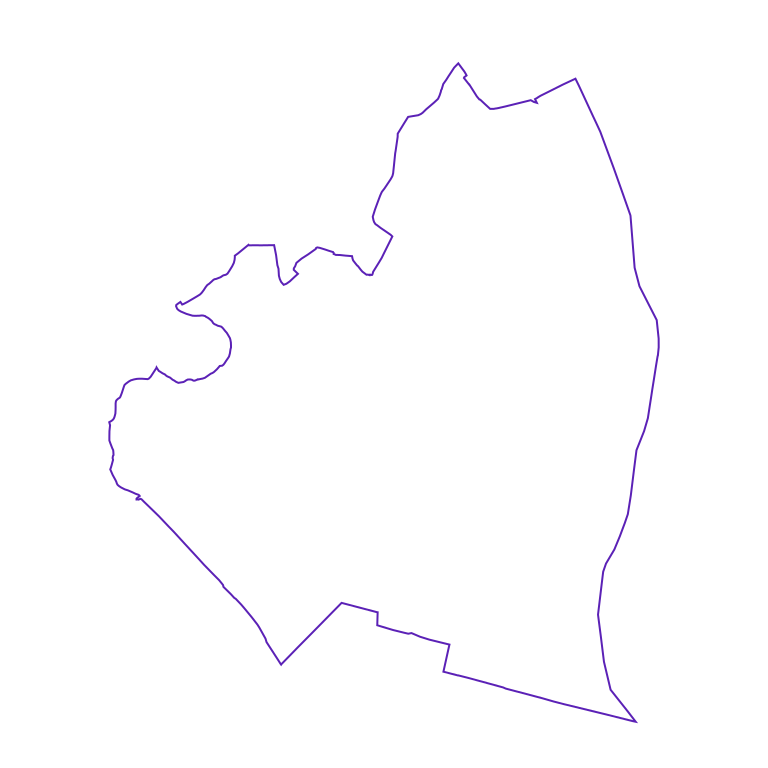 the district of Oltina, Constanta, Romania, rotated 93°
{"feature_id": "2599482B63445954595990", "entity_name": "Oltina", "entity_type": "district", "adm_level": 2, "iso_a3": "ROU", "parent_name": "Romania", "parent_adm1": "Constanta", "projection": "natural_earth1", "projection_center": [27.643, 44.146], "detail": "fine", "context": "isolated", "style": "outline", "palette": "violet", "viewbox_px": 768, "rotation_deg": 93, "n_neighbors": 0, "source": "geoboundaries", "source_scale": "gbopen_adm2", "svg_char_len": 5180}
<svg xmlns="http://www.w3.org/2000/svg" viewBox="0 0 768 768"><g transform="rotate(93 384 384)"><path d="M669.6,472.1L669.4,472.0L651.6,456.4L636.0,442.5L604.8,414.9L612.3,378.8L612.3,378.6L612.3,378.4L625.3,378.1L629.2,362.1L631.4,350.6L632.1,346.7L631.3,343.5L634.5,334.8L637.0,325.0L637.0,324.9L640.8,305.0L644.2,305.6L668.2,309.6L671.2,294.8L671.1,294.6L673.1,284.5L680.8,249.1L681.8,246.5L689.5,209.6L692.3,197.5L692.3,197.4L694.2,188.2L702.4,144.7L707.7,117.7L708.1,115.0L698.5,123.2L677.5,141.7L649.9,149.8L623.9,154.4L621.2,154.9L610.3,156.9L603.1,158.2L567.2,155.8L560.0,155.3L551.7,152.9L537.2,145.3L523.7,140.5L517.0,138.4L510.4,136.3L501.3,133.7L482.4,131.7L455.6,129.8L436.9,128.4L427.2,125.1L417.4,121.8L404.3,118.7L391.4,117.4L387.5,117.0L381.6,116.4L374.5,115.7L364.2,114.6L351.5,113.3L341.7,112.2L341.4,112.0L333.1,111.6L324.3,112.1L305.9,115.0L289.5,124.5L273.0,134.0L254.8,139.8L202.7,146.7L202.8,146.7L181.4,155.5L156.6,165.8L120.8,181.2L112.1,185.8L105.6,189.3L84.2,200.6L75.9,205.0L69.1,208.8L75.6,221.0L83.7,235.2L87.7,242.3L88.2,243.1L89.9,245.6L90.1,245.7L91.6,248.1L95.2,246.1L94.5,249.1L92.9,252.3L100.6,277.7L100.7,278.1L101.6,281.2L101.7,281.7L101.8,282.0L102.4,284.0L102.5,284.5L102.8,285.6L103.1,287.2L103.5,288.8L103.7,292.4L99.4,297.6L95.0,302.8L94.9,303.6L92.0,306.3L80.7,314.3L80.8,314.4L74.2,320.2L73.4,319.9L71.6,317.7L70.5,318.3L67.9,320.0L59.9,326.6L64.4,330.5L69.4,333.4L73.3,335.7L76.9,337.7L79.1,339.1L81.3,340.5L86.6,341.8L87.8,342.4L89.0,342.5L93.0,343.6L96.3,344.9L97.0,345.5L100.4,348.8L107.4,356.2L111.2,359.7L112.5,361.4L113.8,363.9L115.0,369.4L116.0,373.9L122.3,377.4L133.3,383.4L136.5,383.3L150.6,384.6L153.0,384.9L165.4,385.5L173.0,385.9L175.6,386.4L176.6,386.8L179.4,388.2L188.8,393.8L191.8,395.9L192.7,396.4L196.1,397.7L202.1,399.6L210.2,402.1L217.6,404.0L220.9,403.1L221.0,403.1L222.9,402.3L224.8,400.9L225.8,399.2L228.4,395.4L234.7,385.1L236.2,383.4L253.5,390.9L258.2,392.9L262.7,395.3L272.5,400.7L274.5,401.1L275.6,401.5L275.8,402.4L275.5,403.6L276.1,403.9L275.6,405.8L275.8,407.2L272.9,411.5L271.0,413.3L267.7,416.1L267.1,417.0L265.1,418.8L262.2,421.3L260.4,422.0L258.0,422.6L257.8,429.4L257.5,434.7L257.6,438.9L257.2,439.8L256.8,441.1L255.7,441.1L255.0,441.9L254.9,441.9L253.7,446.6L252.9,449.4L251.4,455.3L251.1,457.8L251.7,458.9L252.7,459.2L258.5,466.5L263.1,472.9L267.6,477.8L271.1,478.9L273.2,480.1L274.7,480.1L278.5,475.7L282.1,479.3L286.4,483.4L289.0,486.7L290.2,489.4L287.4,492.1L284.5,493.6L281.4,494.6L274.4,495.4L270.9,496.7L261.0,498.5L251.1,501.0L251.9,513.3L252.3,521.6L252.6,526.2L252.1,526.6L261.2,536.6L263.7,539.7L265.0,539.6L267.8,539.7L270.9,540.3L274.4,541.8L279.5,544.6L282.0,546.1L283.2,547.7L283.9,550.1L285.4,552.2L285.5,552.2L286.0,553.0L287.2,555.7L287.8,557.0L288.3,558.9L289.4,560.3L290.2,561.0L293.0,563.8L293.9,565.0L294.6,565.8L296.8,567.3L299.6,568.9L302.0,570.5L302.8,571.1L304.3,572.5L306.1,575.1L308.5,578.7L312.3,584.5L314.5,588.2L315.2,589.7L312.7,591.6L314.9,594.4L316.0,595.6L317.2,595.7L319.7,594.5L321.0,593.0L322.2,590.8L324.3,585.0L325.8,578.8L325.8,576.4L325.5,572.2L325.1,569.7L325.1,568.2L325.6,566.0L326.2,565.3L327.0,563.5L328.0,561.9L330.1,559.2L332.1,557.8L333.1,556.5L333.7,554.8L334.5,553.1L334.9,551.1L335.3,549.4L336.7,547.8L339.6,545.2L341.1,543.7L343.0,542.4L346.2,540.3L347.6,539.8L350.4,539.1L353.6,538.8L355.6,538.7L357.3,539.1L361.6,539.5L364.7,540.2L366.6,541.3L369.0,542.8L371.8,544.4L373.2,545.4L374.2,546.6L374.4,547.9L374.6,549.0L375.7,549.8L378.0,551.6L381.0,554.5L382.0,555.9L382.8,557.6L384.0,559.1L387.2,563.2L388.1,565.5L388.6,567.6L389.5,570.8L389.4,570.8L390.3,572.5L390.6,573.4L390.6,574.5L389.8,576.2L389.6,577.8L389.8,580.2L390.7,581.8L391.4,582.6L392.5,584.3L393.6,589.4L392.8,591.6L391.4,593.9L391.4,594.0L390.7,595.5L390.2,596.1L388.8,598.0L387.7,600.9L386.8,602.3L385.9,603.3L384.9,605.7L383.5,608.1L382.9,609.2L382.7,609.6L381.1,610.8L380.4,611.3L379.4,612.0L379.8,612.1L380.1,612.2L380.2,612.3L386.1,615.7L389.0,617.4L390.9,619.1L391.5,620.2L391.4,625.7L391.5,628.4L391.8,631.0L392.5,633.9L393.6,637.0L394.9,639.0L397.3,641.9L398.6,643.1L399.8,643.5L406.5,645.3L409.0,646.1L410.7,646.7L411.5,647.2L412.8,649.0L414.2,650.3L415.2,650.8L417.3,651.0L421.1,650.8L423.9,650.7L426.2,650.7L427.6,650.7L430.9,651.4L432.6,652.0L433.8,652.8L435.2,654.3L435.1,654.2L436.5,656.4L439.5,655.4L445.4,655.7L451.0,655.5L454.8,655.3L457.7,654.1L462.4,652.0L464.2,651.0L466.1,650.7L469.1,650.4L470.0,650.9L471.6,651.1L472.3,651.1L473.9,650.6L478.6,651.6L481.6,652.3L483.6,652.9L489.0,650.2L494.2,647.0L495.7,646.2L497.5,645.5L498.7,644.7L499.8,643.3L501.1,641.1L502.8,637.3L503.6,634.2L505.4,629.3L506.6,626.4L507.5,623.3L508.3,622.3L508.6,622.1L510.2,623.9L511.0,624.8L511.7,625.2L512.3,625.1L512.1,624.0L512.3,623.5L512.3,623.0L511.9,622.3L511.4,621.2L511.8,620.1L513.9,617.8L527.7,602.0L537.3,591.9L542.6,586.2L554.2,574.4L566.1,562.2L574.1,554.1L583.9,543.5L588.4,538.5L591.7,535.5L593.2,534.2L595.0,533.7L602.1,525.7L605.4,522.4L606.3,520.8L611.8,515.0L615.3,511.7L623.8,503.9L631.0,497.7L633.7,495.8L635.6,494.6L637.5,493.4L644.5,489.0L647.9,487.8L665.7,474.9L668.8,472.7L669.5,472.2L669.6,472.1Z" fill="none" stroke="#5b21b6" stroke-width="2"/></g></svg>